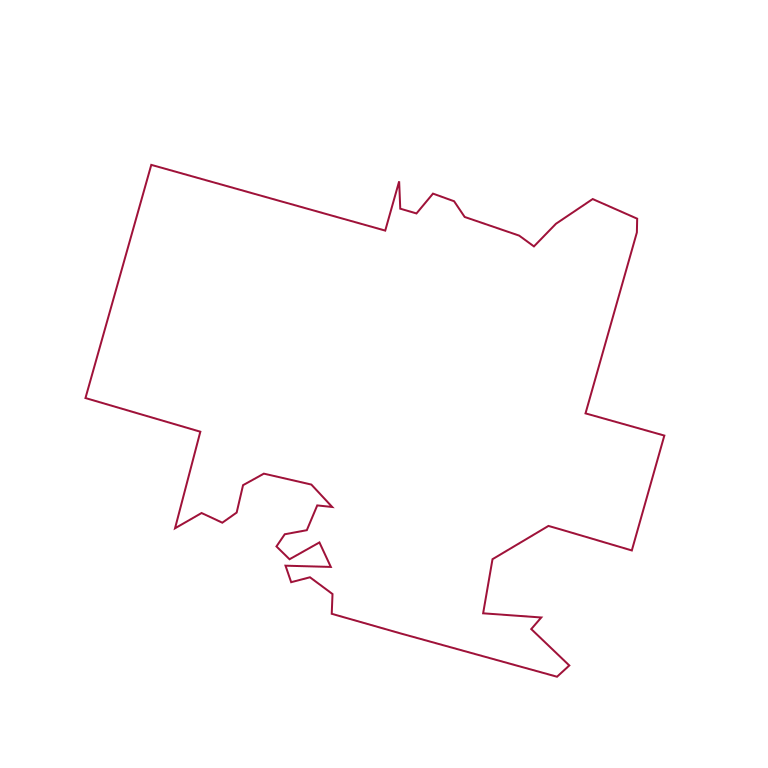 Humphreys, Mississippi, United States of America, rotated 106°
{"feature_id": "52423323B56025650408789", "entity_name": "Humphreys", "entity_type": "district", "adm_level": 2, "iso_a3": "USA", "parent_name": "United States of America", "parent_adm1": "Mississippi", "projection": "orthographic", "projection_center": [-90.489, 33.126], "detail": "fine", "context": "isolated", "style": "outline", "palette": "rose", "viewbox_px": 768, "rotation_deg": 106, "n_neighbors": 0, "source": "geoboundaries", "source_scale": "gbopen_adm2", "svg_char_len": 753}
<svg xmlns="http://www.w3.org/2000/svg" viewBox="0 0 768 768"><g transform="rotate(106 384 384)"><path d="M168.6,182.7L155.3,186.2L148.7,234.4L182.6,262.9L210.4,277.8L204.1,295.0L201.2,352.5L189.0,367.0L187.5,389.4L211.1,399.8L211.0,416.7L185.0,425.3L236.2,425.1L237.5,668.1L479.8,667.1L480.5,547.4L580.3,545.1L558.3,523.8L561.9,501.2L548.2,490.2L520.1,491.6L503.3,474.8L500.7,426.1L516.5,399.9L519.1,414.7L545.8,417.9L555.8,438.0L569.8,442.6L578.5,426.5L554.1,402.4L574.5,384.7L585.8,428.6L600.1,418.6L590.2,401.9L600.1,375.6L619.3,370.9L619.2,299.2L617.7,137.0L603.5,128.3L579.0,174.9L565.1,168.5L577.1,225.5L522.5,231.4L475.1,186.8L475.1,174.3L475.7,99.9L356.3,100.3L356.7,182.2L168.6,182.7Z" fill="none" stroke="#9f1239" stroke-width="2"/></g></svg>